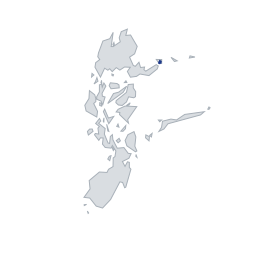 City of Isabela, Philippines (highlighted), rotated 208°
{"feature_id": "2640588B50898058307541", "entity_name": "City of Isabela", "entity_type": "district", "adm_level": 2, "iso_a3": "PHL", "parent_name": "Philippines", "parent_adm1": "", "projection": "albers", "projection_center": [121.969, 6.657], "detail": "fine", "context": "in_parent", "style": "filled", "palette": "blue", "viewbox_px": 256, "rotation_deg": 208, "n_neighbors": 0, "source": "geoboundaries", "source_scale": "gbopen_adm2", "svg_char_len": 4478}
<svg xmlns="http://www.w3.org/2000/svg" viewBox="0 0 256 256"><g transform="rotate(208 128 128)"><path d="M119.4,44.1L128.9,48.2L134.3,46.1L132.9,56.4L137.6,63.4L132.6,75.7L125.7,78.9L125.8,82.4L123.1,86.9L127.0,94.6L126.1,96.6L127.9,102.0L133.6,105.2L133.5,102.3L139.0,100.1L143.0,101.8L145.2,107.5L147.7,106.4L148.0,103.4L154.4,106.3L154.3,107.8L151.0,108.9L154.5,113.8L154.0,115.9L158.7,116.8L157.6,123.0L155.3,121.4L156.2,118.4L147.9,116.8L146.0,111.5L138.6,105.4L137.0,105.7L139.6,112.2L138.7,114.8L135.8,110.5L128.0,105.1L122.4,108.8L115.9,105.7L113.2,106.8L113.0,101.7L117.2,95.8L112.6,92.7L112.6,97.9L110.7,98.3L108.3,93.8L106.1,93.0L102.2,74.7L102.9,73.7L107.2,77.4L109.9,76.6L109.8,56.7L112.9,45.4L119.4,44.1ZM176.2,160.0L185.7,166.2L187.2,170.5L185.1,175.2L188.1,176.7L189.3,180.4L191.0,193.0L186.0,198.3L186.0,205.5L181.1,192.0L179.3,192.9L175.3,200.5L178.1,203.5L179.2,209.9L175.0,215.0L173.4,208.7L169.4,211.3L158.2,204.4L157.0,196.6L159.9,191.3L152.7,185.7L150.5,185.9L149.2,191.2L145.3,187.3L142.0,189.6L141.3,187.0L139.0,186.5L132.8,197.2L130.4,197.0L129.9,193.9L134.1,184.1L142.8,181.3L144.7,177.6L149.7,174.0L155.1,177.6L154.5,182.7L159.7,180.2L162.4,175.3L166.7,175.8L168.4,170.4L172.0,171.7L172.9,169.6L176.7,169.8L176.2,160.0ZM148.2,166.5L143.9,169.3L142.2,165.9L138.3,163.7L136.1,159.2L137.1,157.4L142.1,155.8L141.6,150.3L143.7,145.2L147.3,143.8L150.6,144.7L151.3,146.6L146.1,158.7L148.2,166.5ZM173.0,123.4L176.8,127.8L176.3,135.7L179.6,142.9L173.0,141.7L170.4,139.1L168.8,136.2L169.8,133.5L162.7,128.4L160.7,123.0L173.0,123.4ZM129.8,132.5L141.8,135.9L142.5,137.9L146.0,136.6L145.5,139.9L140.9,146.0L130.3,151.0L132.2,135.2L129.8,132.5ZM84.3,166.6L68.3,178.2L70.1,173.6L94.7,150.5L95.8,144.0L99.1,139.5L98.7,144.3L100.7,150.2L94.3,156.0L88.9,157.9L84.3,166.6ZM110.2,110.5L120.6,111.7L124.7,115.6L124.9,122.1L121.0,127.6L116.9,123.8L113.4,115.1L109.4,111.9L110.2,110.5ZM164.4,139.1L169.0,138.7L170.3,140.8L170.2,146.4L173.5,152.7L171.9,154.3L169.9,151.9L170.4,156.4L167.2,154.6L167.2,146.5L165.6,144.1L162.8,144.6L161.2,136.6L164.4,139.1ZM148.8,164.2L149.0,157.3L157.4,140.1L157.0,151.6L153.1,155.2L148.8,164.2ZM164.8,159.6L158.6,162.1L156.2,161.8L154.6,159.3L161.4,154.7L164.5,156.5L164.8,159.6ZM147.0,122.8L157.4,130.9L157.5,133.7L150.0,127.6L146.0,131.5L147.0,122.8ZM161.4,109.0L159.1,110.3L157.3,108.6L159.7,103.2L162.2,105.9L161.4,109.0ZM135.2,201.8L130.4,204.3L128.7,201.0L131.7,200.0L135.2,201.8ZM103.4,126.5L107.9,127.6L109.0,130.3L105.0,130.4L103.4,126.5ZM129.8,110.3L132.4,111.3L131.0,114.7L128.7,113.1L129.8,110.3ZM118.2,208.5L123.2,210.6L116.1,210.4L118.2,208.5ZM179.1,157.9L176.5,155.2L178.7,150.9L178.5,153.5L179.1,157.9ZM132.8,121.9L131.1,129.1L129.9,126.2L130.9,122.7L132.8,121.9ZM106.7,218.6L107.1,220.8L102.2,222.1L106.7,218.6ZM131.3,91.1L131.2,94.3L130.0,95.6L128.8,90.6L131.3,91.1ZM140.0,147.1L137.9,151.3L137.9,148.9L140.0,147.1ZM105.4,131.6L104.2,134.6L103.1,131.1L105.4,131.6ZM164.8,137.1L163.2,137.2L161.6,134.9L163.6,134.6L164.8,137.1ZM138.7,124.1L138.7,126.8L136.4,124.5L138.7,124.1ZM185.4,159.3L183.0,158.8L184.1,155.9L185.4,159.3ZM144.4,115.9L148.6,121.3L143.3,116.0L144.4,115.9ZM104.9,149.3L102.1,150.8L102.9,148.4L104.9,149.3ZM152.5,166.4L152.0,168.7L150.4,167.6L152.5,166.4ZM153.1,122.5L154.0,125.7L151.9,121.6L153.1,122.5ZM66.4,184.6L65.0,184.4L65.3,182.4L66.4,182.1L66.4,184.6ZM167.6,168.1L165.8,168.3L165.6,167.0L166.7,166.8L167.6,168.1ZM180.6,196.9L179.3,195.4L179.7,193.9L180.6,194.7L180.6,196.9ZM107.7,106.6L108.5,108.4L106.3,106.3L107.7,106.6ZM173.1,155.2L173.8,157.7L171.8,154.7L173.1,155.2ZM130.7,39.7L128.7,41.1L130.2,39.0L130.7,39.7ZM133.2,103.6L130.3,102.2L130.4,101.2L133.2,103.6ZM123.1,33.9L124.9,35.6L122.9,34.5L123.1,33.9Z" fill="#d9dde1" stroke="#a8b0b8" stroke-width="1"/><path d="M131.3,200.0L131.2,200.0L131.1,199.9L131.0,200.0L130.9,200.0L130.7,200.1L130.8,200.1L130.7,200.1L130.7,200.3L130.5,200.5L130.4,200.5L130.2,200.6L130.1,200.8L130.0,201.0L129.9,200.9L129.8,201.0L129.8,201.3L129.9,201.5L130.0,201.6L130.2,201.8L130.1,202.0L130.1,202.3L130.3,202.4L130.7,202.4L130.8,202.3L131.5,202.3L131.4,201.9L131.4,201.7L131.3,201.4L131.4,201.2L131.5,201.1L131.6,200.9L131.5,200.7L131.4,200.7L131.3,200.4L131.3,200.2L131.3,200.0ZM130.6,199.8L130.4,199.9L130.3,200.0L130.2,200.0L130.1,200.3L130.3,200.4L130.2,200.4L130.3,200.4L130.2,200.4L130.3,200.3L130.5,200.4L130.4,200.4L130.5,200.4L130.6,200.2L130.8,200.0L130.8,199.9L130.7,199.8L130.6,199.8Z" fill="#3b82f6" stroke="#1e3a8a" stroke-width="1.5"/></g></svg>